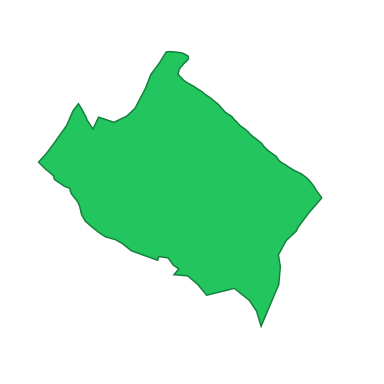 Isuikwuato, Abia, Nigeria (orthographic projection), rotated 134°
{"feature_id": "59680162B83041511737206", "entity_name": "Isuikwuato", "entity_type": "district", "adm_level": 2, "iso_a3": "NGA", "parent_name": "Nigeria", "parent_adm1": "Abia", "projection": "orthographic", "projection_center": [7.441, 5.794], "detail": "fine", "context": "isolated", "style": "filled", "palette": "green", "viewbox_px": 384, "rotation_deg": 134, "n_neighbors": 0, "source": "geoboundaries", "source_scale": "gbopen_adm2", "svg_char_len": 1781}
<svg xmlns="http://www.w3.org/2000/svg" viewBox="0 0 384 384"><g transform="rotate(134 192 192)"><path d="M264.0,147.5L255.3,136.8L254.5,123.9L256.1,109.8L231.9,94.6L230.1,75.6L232.9,62.7L240.6,49.0L198.4,65.3L198.2,65.4L184.2,76.7L177.3,86.1L161.7,90.5L149.3,89.9L147.7,89.8L143.7,91.2L125.7,93.5L106.4,94.5L105.6,96.1L105.4,98.7L104.6,102.7L104.2,104.9L104.0,105.7L103.2,108.1L102.9,110.6L102.5,112.8L102.2,116.2L102.2,118.8L102.4,121.6L103.0,126.0L103.5,127.6L104.2,129.8L105.4,133.0L106.0,135.8L107.2,141.2L107.5,143.4L108.1,145.9L108.7,148.4L108.9,151.6L107.9,156.3L108.5,160.1L109.1,164.2L109.3,166.7L109.4,167.4L109.3,172.1L108.6,175.6L108.9,178.1L109.2,181.9L109.8,186.6L110.0,190.1L109.7,193.1L109.9,197.3L110.8,203.0L110.8,206.8L110.4,209.0L110.7,211.8L110.0,215.9L110.9,219.7L111.5,224.1L111.1,228.9L110.7,234.2L111.0,237.4L111.3,240.2L111.5,243.4L111.8,245.2L111.8,245.9L112.1,247.2L112.7,250.6L113.0,255.4L113.9,259.1L114.7,263.9L115.9,268.3L117.1,272.7L117.4,276.2L117.3,281.5L116.7,284.1L113.5,285.9L110.4,286.9L108.2,286.8L105.7,287.1L102.2,286.8L98.5,287.1L96.9,289.3L97.5,291.5L97.7,292.3L98.4,294.7L99.5,296.7L101.4,299.4L103.0,301.3L104.3,303.0L105.8,304.8L107.6,306.7L109.2,307.8L121.9,305.1L136.1,303.2L150.0,297.4L164.1,293.3L171.0,291.2L175.8,291.3L182.7,291.6L196.1,296.6L203.0,311.2L215.5,307.0L213.2,317.2L211.6,320.7L208.9,328.9L207.4,335.0L216.2,334.0L231.2,328.4L250.9,325.4L264.5,323.6L277.1,323.1L277.3,313.5L276.5,303.3L278.5,299.6L276.5,287.6L274.2,282.4L275.4,280.9L277.1,277.4L278.5,267.2L280.2,263.0L284.9,255.9L287.1,248.7L286.8,241.6L285.9,231.3L284.4,223.1L279.1,213.3L279.2,212.7L277.5,206.6L276.4,194.7L265.0,169.3L261.4,171.0L256.0,163.3L257.6,154.7L256.5,148.1L264.0,147.5Z" fill="#22c55e" stroke="#15803d" stroke-width="1.5"/></g></svg>